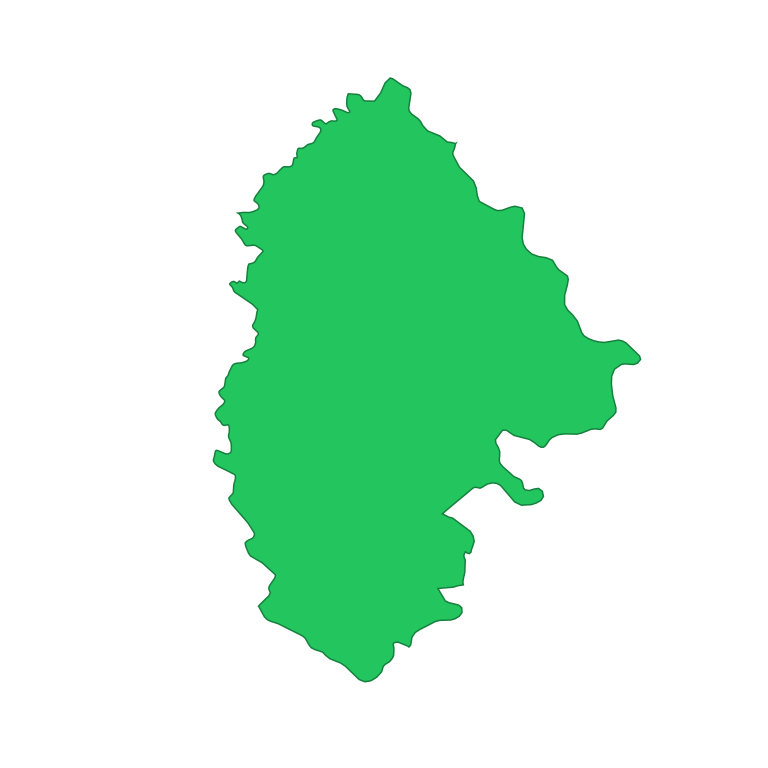 map outline of Luhans'k (Equal Earth projection), rotated 31°
{"feature_id": "UKR-329", "entity_name": "Luhans'k", "entity_type": "Region", "adm_level": 1, "iso_a3": "UKR", "parent_name": "Ukraine", "parent_adm1": "", "projection": "equal_earth", "projection_center": [38.683, 48.937], "detail": "fine", "context": "isolated", "style": "filled", "palette": "green", "viewbox_px": 768, "rotation_deg": 31, "n_neighbors": 0, "source": "natural_earth", "source_scale": "10m", "svg_char_len": 6170}
<svg xmlns="http://www.w3.org/2000/svg" viewBox="0 0 768 768"><g transform="rotate(31 384 384)"><path d="M234.6,117.9L246.3,118.7L251.4,117.9L254.8,118.4L257.4,121.0L262.9,134.4L265.0,137.0L268.7,138.4L276.8,139.1L280.0,140.1L284.3,142.6L291.0,144.6L304.3,142.6L313.3,144.0L315.1,143.4L316.7,142.5L321.2,141.2L321.6,140.6L321.6,141.2L323.1,145.8L323.6,149.5L324.6,151.6L325.8,152.6L336.9,159.3L356.1,163.9L362.3,168.7L366.8,174.4L371.7,178.4L389.1,177.5L392.2,176.8L395.7,174.3L401.5,167.2L404.7,164.2L411.8,162.0L416.7,165.6L427.0,187.4L431.2,192.2L436.5,195.1L443.5,196.5L450.7,195.2L457.8,192.3L464.7,191.1L471.4,194.8L475.0,196.1L485.7,197.0L488.1,199.5L490.2,204.8L493.1,214.8L497.9,222.9L503.5,226.1L510.0,227.6L517.5,230.6L527.1,238.2L530.8,239.7L535.8,239.8L541.5,238.9L547.0,237.1L551.6,234.8L562.5,225.5L566.9,224.2L570.5,224.2L588.5,228.3L591.3,230.8L590.5,235.7L587.7,238.9L580.6,242.4L577.4,244.9L573.9,252.6L575.1,260.0L579.0,267.0L586.3,276.5L595.0,284.9L597.2,288.7L596.8,292.8L594.2,300.8L594.1,309.3L592.7,311.6L588.3,313.6L584.8,316.1L578.7,324.2L575.2,327.6L564.4,333.8L559.3,337.9L555.5,343.6L554.6,346.9L554.2,353.6L553.3,356.0L551.2,357.3L548.3,357.5L542.8,356.7L537.2,356.6L522.0,361.1L512.6,360.6L509.4,362.5L508.2,374.4L510.7,377.4L514.5,379.4L517.9,382.2L520.4,386.5L521.9,389.7L524.0,392.1L528.4,393.7L543.1,396.5L549.5,395.7L551.7,396.1L553.6,397.5L557.2,401.3L559.5,402.1L563.6,400.4L566.8,396.7L570.3,393.9L575.0,394.4L578.6,398.3L578.5,402.9L575.9,407.5L572.4,411.5L564.2,417.1L556.8,417.8L536.2,410.9L532.0,411.1L528.0,412.8L524.3,416.3L522.8,418.9L521.5,421.6L520.0,423.8L515.4,425.4L513.9,427.3L502.8,459.3L500.9,465.2L508.1,464.8L511.7,463.6L533.8,465.9L538.7,468.4L542.4,472.5L543.9,478.7L544.1,480.4L545.2,483.5L544.4,485.5L542.7,486.0L540.9,485.9L540.1,486.0L540.6,489.7L542.4,491.7L544.3,493.0L550.3,503.9L552.3,510.0L553.7,513.3L555.5,515.3L551.3,518.8L548.1,522.4L535.5,531.5L548.4,538.4L552.2,538.0L561.9,535.0L565.9,535.8L568.6,539.8L568.1,544.4L565.7,548.8L562.6,552.0L553.7,557.8L550.2,561.3L540.9,576.4L538.7,581.1L538.4,586.7L541.3,594.1L541.0,596.3L540.5,596.7L539.3,596.4L529.1,598.0L527.1,599.2L525.6,601.4L526.0,602.7L527.5,604.0L529.4,606.7L532.1,611.9L532.4,614.3L532.0,618.0L531.4,619.9L529.4,623.6L528.9,625.7L529.0,627.4L529.9,630.6L530.1,632.2L528.8,639.0L525.7,645.0L521.0,649.1L514.9,650.1L496.2,645.8L490.5,645.5L479.1,647.4L473.6,646.6L469.4,645.4L461.3,647.3L457.2,647.5L453.8,646.1L447.5,642.5L443.7,641.9L416.5,644.0L409.0,645.8L405.3,646.1L401.5,645.2L391.4,639.3L390.9,639.2L391.2,637.1L394.4,624.8L394.1,621.4L391.6,619.7L390.7,618.8L389.9,617.0L389.8,614.9L390.3,606.9L389.9,604.8L389.1,603.4L371.7,600.0L358.4,600.2L356.6,599.6L354.3,598.3L349.6,594.7L347.8,593.0L346.8,591.5L347.3,589.6L347.7,588.7L348.6,587.0L350.3,584.7L350.7,583.7L351.0,582.5L350.7,580.4L350.1,579.2L349.4,578.4L338.6,573.0L315.2,565.4L311.3,563.2L310.2,562.2L309.7,561.3L310.9,555.6L310.4,554.1L307.5,548.4L306.6,546.1L306.1,543.7L305.2,541.4L304.1,539.5L303.3,538.8L302.3,538.5L283.7,540.0L280.8,539.5L278.4,538.5L277.4,537.7L276.8,536.8L276.0,533.7L274.3,529.2L274.2,527.7L274.6,527.1L275.7,526.7L284.2,525.4L285.7,524.8L286.9,523.6L287.6,522.1L287.8,520.8L287.4,519.7L284.8,515.3L283.0,513.0L279.1,510.3L277.3,508.4L276.4,505.6L275.6,503.9L273.6,500.7L272.3,499.5L271.2,499.3L268.7,501.6L267.9,502.0L266.9,502.0L265.8,501.9L263.4,500.5L259.9,500.0L258.3,499.3L255.8,497.7L254.8,496.6L254.3,495.6L254.3,493.8L254.4,492.0L254.9,489.1L256.4,485.0L256.7,483.2L256.5,480.9L255.9,480.2L254.9,479.8L252.1,479.2L249.7,478.3L247.8,477.2L246.9,476.2L246.5,475.3L246.9,473.4L248.4,469.6L248.4,468.3L248.0,466.9L245.4,460.8L245.9,457.1L245.0,452.9L244.5,446.1L245.1,444.4L245.8,443.3L246.9,442.2L251.1,439.1L254.1,435.7L255.0,433.8L255.2,432.3L254.8,431.6L253.9,431.3L249.3,432.0L248.4,431.9L247.8,430.6L247.9,428.6L248.5,426.8L252.3,421.6L253.1,419.8L253.4,418.6L253.3,417.0L252.6,414.5L250.9,411.9L250.3,410.3L250.3,409.0L250.6,407.9L250.7,406.3L250.3,405.4L249.5,404.7L243.6,403.5L242.1,402.6L241.4,401.8L241.1,400.9L241.1,397.4L240.8,395.7L240.3,393.4L238.1,387.9L237.5,385.3L230.3,383.4L209.4,382.2L208.2,382.0L207.0,381.4L205.2,379.8L203.9,379.1L200.5,378.1L200.2,377.4L200.3,376.5L201.1,374.7L201.7,374.0L202.3,373.5L203.3,373.3L205.4,373.4L206.2,373.2L206.5,372.5L206.7,370.9L207.0,370.3L210.8,369.9L211.7,369.6L212.4,369.1L213.0,367.7L213.1,366.5L207.8,355.6L206.7,352.7L206.4,350.8L209.5,347.7L210.3,345.9L210.5,345.0L210.4,341.5L210.5,339.7L211.8,333.6L211.9,332.4L211.2,331.9L210.3,331.7L202.7,331.4L201.0,332.0L195.4,336.1L193.6,336.3L192.6,336.0L187.6,333.2L179.6,330.4L178.0,329.5L177.4,328.6L177.4,327.6L178.9,323.8L179.4,323.1L180.2,322.8L185.3,322.5L186.2,322.2L186.8,321.6L186.7,320.2L185.9,319.6L184.9,319.2L181.5,318.9L179.6,318.2L176.8,315.2L174.6,313.6L172.9,312.8L170.8,312.7L175.3,309.2L180.2,306.4L182.7,304.0L185.4,300.4L186.0,298.7L186.1,297.5L185.8,296.7L184.8,295.5L184.1,294.9L182.0,294.3L178.8,293.9L177.9,293.5L177.4,291.7L177.3,288.9L178.3,277.0L178.1,275.4L177.0,272.4L174.0,269.0L173.5,267.7L173.7,266.8L174.1,265.9L176.3,263.1L177.9,262.3L180.7,261.8L181.7,261.4L182.7,260.2L183.9,257.9L184.6,254.0L185.6,250.5L186.1,249.6L186.8,249.0L190.7,246.8L191.5,246.1L192.5,244.8L192.7,243.9L192.5,242.2L190.7,237.6L190.7,236.4L192.4,235.3L192.7,234.6L192.6,234.0L190.5,231.4L189.4,228.1L189.1,226.8L189.6,225.7L191.8,224.6L192.7,223.9L193.6,222.7L195.2,218.5L195.9,217.4L198.1,215.2L199.1,213.9L199.6,211.9L199.4,210.0L199.3,207.2L199.7,200.7L199.5,199.7L199.2,199.0L198.2,197.9L197.3,197.5L196.3,197.4L195.4,197.5L190.4,199.3L189.6,199.2L188.8,198.6L188.3,197.3L188.5,196.3L188.9,195.5L191.1,192.6L193.0,190.7L193.8,190.3L194.7,190.2L199.1,191.1L200.4,190.8L202.0,187.3L203.2,185.8L203.8,185.3L206.3,184.1L207.8,182.8L207.9,182.1L207.5,181.4L199.9,176.4L199.1,175.2L199.6,173.9L200.6,173.0L203.8,171.7L207.4,170.8L212.5,170.3L213.4,169.9L214.3,169.2L214.4,168.4L214.1,167.8L209.8,165.5L207.6,163.0L204.7,157.3L203.9,153.7L211.9,149.5L214.2,148.9L216.3,149.2L219.6,151.0L221.5,151.4L230.2,146.4L231.2,136.2L229.9,125.4L231.7,118.5L234.6,117.9Z" fill="#22c55e" stroke="#15803d" stroke-width="1.5"/></g></svg>